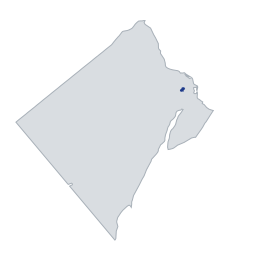 Mit Ghamr, Ad Daqahliyah, Egypt (highlighted), rotated 50°
{"feature_id": "37247803B25153322962327", "entity_name": "Mit Ghamr", "entity_type": "district", "adm_level": 2, "iso_a3": "EGY", "parent_name": "Egypt", "parent_adm1": "Ad Daqahliyah", "projection": "equal_earth", "projection_center": [31.277, 30.708], "detail": "fine", "context": "in_parent", "style": "filled", "palette": "blue", "viewbox_px": 256, "rotation_deg": 50, "n_neighbors": 0, "source": "geoboundaries", "source_scale": "gbopen_adm2", "svg_char_len": 3839}
<svg xmlns="http://www.w3.org/2000/svg" viewBox="0 0 256 256"><g transform="rotate(50 128 128)"><path d="M205.4,210.1L201.2,210.1L196.9,210.1L192.7,210.1L188.4,210.1L184.2,210.1L179.9,210.1L175.7,210.1L171.4,210.1L167.2,210.1L162.9,210.1L158.7,210.1L154.4,210.1L150.2,210.1L145.9,210.1L141.7,210.1L137.5,210.1L135.0,210.1L135.4,208.5L135.7,207.4L135.4,206.7L134.6,206.5L134.0,206.7L132.8,210.0L132.1,210.1L130.6,210.1L125.7,210.1L120.7,210.1L115.8,210.1L110.8,210.1L105.9,210.1L100.9,210.1L96.0,210.1L91.0,210.1L86.1,210.1L81.2,210.1L76.2,210.1L71.3,210.1L66.3,210.1L61.4,210.1L56.4,210.1L51.5,210.1L51.5,206.2L51.6,202.3L51.7,198.4L51.7,194.5L51.8,190.6L51.9,186.7L51.9,182.9L52.0,179.0L52.0,175.1L52.1,171.2L52.2,167.4L52.2,163.5L52.3,159.7L52.4,155.8L52.4,152.0L52.5,148.1L52.6,144.3L52.7,140.5L52.7,136.6L52.8,132.8L52.9,129.0L52.9,125.2L53.0,121.3L53.1,117.5L53.2,113.7L53.2,109.9L53.3,106.1L53.4,102.3L53.5,98.5L53.5,94.8L53.6,91.0L53.7,87.2L53.6,86.5L53.0,83.9L52.4,80.7L51.8,76.7L51.7,75.4L50.7,71.3L50.6,70.1L50.9,69.3L52.9,65.8L53.5,64.2L54.0,62.1L54.2,60.5L53.7,58.0L53.1,55.8L52.9,53.5L52.9,51.2L53.9,49.7L55.1,48.3L55.5,47.4L56.2,46.4L56.7,45.9L57.6,47.9L59.6,48.3L66.0,46.5L72.9,48.3L76.8,49.0L82.8,50.5L86.4,53.3L87.4,53.6L90.0,53.5L91.7,55.2L98.5,56.0L102.1,57.7L104.2,59.2L105.4,59.6L106.5,59.5L108.0,59.0L109.9,58.0L111.9,56.6L116.2,53.0L117.7,52.4L118.7,52.5L119.8,52.5L120.3,51.5L121.0,50.9L121.4,50.1L122.0,49.2L124.2,48.9L128.6,47.4L128.1,48.1L124.1,49.9L125.8,50.1L127.6,49.5L129.6,49.1L129.9,48.4L130.2,47.0L130.6,46.8L132.0,47.0L136.1,49.2L137.1,49.2L140.0,48.0L140.6,47.8L141.6,48.4L143.7,51.1L143.0,51.1L140.7,48.8L140.5,49.9L139.2,51.9L140.8,52.8L142.1,53.1L142.8,54.2L143.3,55.2L144.6,54.8L145.5,53.5L145.0,52.7L144.7,51.9L145.1,51.9L146.0,52.5L148.7,55.1L149.6,55.6L150.6,55.6L152.7,54.8L153.3,54.9L156.1,54.0L156.5,54.7L156.9,55.4L159.2,54.6L162.8,54.6L165.8,53.8L169.1,51.7L169.4,51.4L169.6,51.9L170.0,53.3L171.1,56.9L172.0,59.7L173.2,63.5L173.6,65.0L173.7,66.0L175.4,70.3L176.4,73.8L177.1,76.6L178.2,80.8L178.6,82.2L177.9,83.0L176.5,85.7L175.1,94.3L173.0,101.1L172.8,105.3L172.5,106.8L171.5,109.0L170.3,111.1L168.1,110.0L164.4,106.3L162.3,102.8L160.0,100.5L157.9,97.5L157.3,95.4L157.3,94.0L156.4,90.6L155.7,89.0L153.1,85.4L152.3,83.5L151.7,82.7L151.2,81.5L150.2,76.8L149.2,73.9L148.0,74.7L148.2,76.0L147.2,77.7L146.6,79.7L147.1,81.3L149.2,83.8L149.6,84.8L150.1,87.2L150.1,90.4L150.4,91.5L152.0,93.8L152.6,95.3L152.9,96.5L153.5,97.6L155.0,99.6L157.3,103.6L159.5,106.3L161.1,107.6L161.7,108.8L161.9,112.2L161.8,113.8L163.2,116.8L163.7,118.3L165.0,119.5L165.7,120.9L166.2,123.2L167.1,130.0L168.3,131.7L171.9,140.7L175.0,146.4L176.5,150.6L178.8,155.8L183.3,167.2L185.9,170.8L187.0,172.7L188.9,174.3L190.9,176.5L189.0,176.3L188.5,176.4L187.8,176.8L187.5,178.1L187.4,179.2L187.7,185.0L188.3,188.0L190.0,193.6L191.3,195.3L192.0,196.4L192.9,197.2L197.0,199.1L199.4,203.2L204.8,208.3L205.4,209.7L205.4,210.1Z" fill="#d9dde1" stroke="#a8b0b8" stroke-width="1"/><path d="M132.4,60.1L132.5,60.1L132.5,60.3L132.5,60.5L132.4,60.6L132.4,60.8L132.5,60.9L132.5,61.0L132.7,61.3L132.8,61.2L132.8,61.3L132.8,61.2L133.0,61.2L133.1,61.4L133.1,61.5L133.3,61.6L133.3,61.8L133.3,62.0L133.2,62.1L133.2,61.9L133.0,62.0L132.9,62.0L133.0,62.0L133.0,62.3L133.0,62.5L133.0,62.8L132.9,63.0L132.9,63.3L133.0,63.4L133.1,63.5L133.3,63.6L133.5,63.6L133.6,63.4L133.8,63.3L133.8,63.2L134.0,63.2L134.3,63.0L134.3,62.9L134.2,62.8L134.2,62.6L134.2,62.4L134.3,62.3L134.4,62.2L134.3,61.9L134.3,61.7L134.2,61.6L134.3,61.6L134.2,61.5L134.2,61.4L134.2,61.2L134.1,60.9L134.2,60.7L134.1,60.4L134.2,60.2L134.1,59.9L133.9,59.8L133.9,59.7L133.7,59.7L133.4,59.7L133.4,59.8L133.4,60.0L133.2,60.2L133.2,60.3L133.0,60.2L132.9,60.2L132.9,60.3L132.9,60.2L132.8,60.3L132.7,60.3L132.7,60.2L132.4,60.1Z" fill="#3b82f6" stroke="#1e3a8a" stroke-width="1.5"/></g></svg>